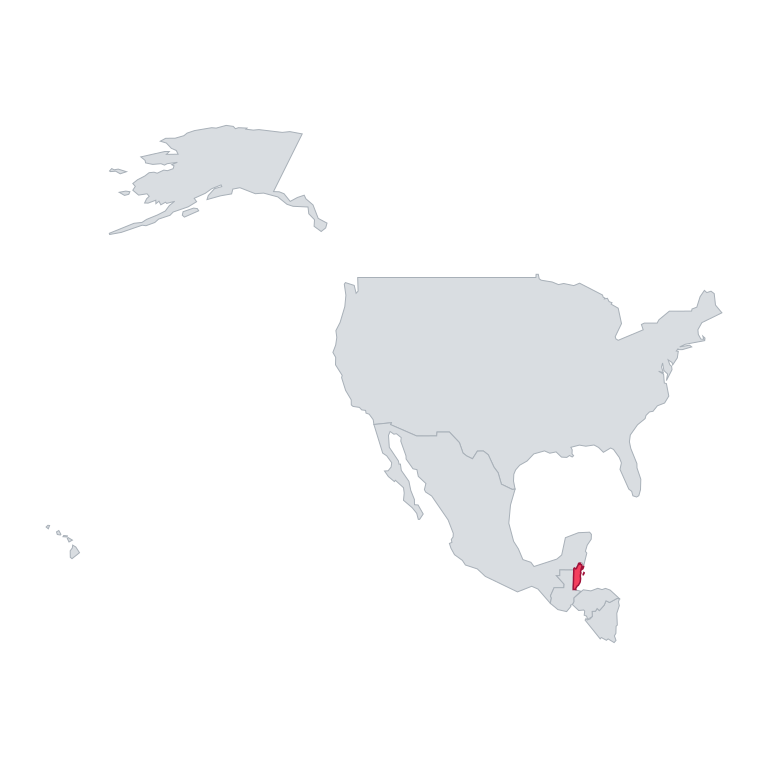 Belize highlighted, Equal Earth projection
{"feature_id": "BLZ", "entity_name": "Belize", "entity_type": "country or territory", "adm_level": 0, "iso_a3": "BLZ", "parent_name": "North America", "parent_adm1": "", "projection": "equal_earth", "projection_center": [-88.465, 17.185], "detail": "fine", "context": "with_neighbors", "style": "filled", "palette": "rose", "viewbox_px": 768, "rotation_deg": 0, "n_neighbors": 5, "source": "natural_earth", "source_scale": "50m", "svg_char_len": 7336}
<svg xmlns="http://www.w3.org/2000/svg" viewBox="0 0 768 768"><path d="M357.7,277.5L535.9,277.5L536.1,274.3L538.3,274.3L539.2,278.8L541.2,280.2L552.2,282.0L558.5,284.6L563.7,283.5L573.8,285.6L579.6,283.2L602.5,295.0L603.2,297.2L604.8,298.0L604.4,298.9L607.4,298.3L609.1,301.6L612.0,302.7L611.2,304.2L618.2,308.2L621.5,323.6L615.2,336.7L615.9,338.9L618.2,340.3L643.2,329.8L641.4,324.5L644.3,323.1L657.1,323.1L659.0,319.7L669.3,311.2L691.6,311.1L692.0,309.0L696.8,307.2L700.1,296.7L704.4,290.4L706.8,292.6L711.0,291.2L714.2,293.6L715.5,305.1L721.9,312.8L701.9,322.6L697.9,329.7L698.3,334.4L700.9,339.1L703.8,339.3L702.8,336.1L705.0,338.1L704.7,340.6L685.2,344.3L679.7,346.9L689.6,345.2L691.7,346.9L682.4,349.6L678.0,349.6L678.2,348.5L676.3,351.0L678.3,351.4L677.3,357.9L672.7,364.9L672.0,362.5L668.1,359.8L669.8,364.7L671.6,366.3L672.0,369.7L666.4,380.6L667.6,374.0L663.9,370.5L662.6,363.0L661.5,366.9L663.3,372.7L658.6,371.2L663.6,374.2L664.3,383.0L666.4,383.6L668.8,396.1L664.6,403.0L657.4,405.8L653.0,411.3L649.5,411.9L646.0,415.4L645.1,418.6L637.5,424.8L630.3,435.0L629.4,441.8L630.8,448.5L636.9,463.6L637.0,467.9L640.8,479.2L640.5,489.7L638.8,495.7L636.6,497.0L632.9,495.8L631.7,491.4L628.8,489.1L620.0,469.4L621.4,462.9L619.3,457.5L613.5,449.4L610.6,448.0L603.4,452.3L598.5,447.4L594.0,445.0L585.8,446.2L579.4,445.1L570.9,447.3L572.2,449.8L572.0,453.8L573.6,455.7L572.2,457.0L569.5,455.5L566.8,457.4L561.5,457.1L556.1,451.9L549.8,453.2L544.5,450.9L533.8,453.9L527.1,461.0L519.7,465.2L515.6,469.9L513.8,474.3L513.5,481.1L515.1,489.1L512.2,489.4L501.4,484.2L498.1,472.7L494.0,467.2L488.3,454.8L483.4,451.0L477.4,451.1L472.5,458.8L466.6,455.9L463.0,453.0L459.4,442.6L449.4,432.0L437.0,432.0L436.7,435.9L416.7,436.0L390.5,424.6L391.3,422.7L373.9,424.5L373.2,419.7L369.2,414.2L366.0,413.1L365.6,410.4L361.7,409.9L359.4,407.4L353.0,406.4L351.3,404.9L351.2,399.8L345.6,390.4L341.6,377.6L342.2,375.4L335.5,364.8L335.7,357.4L332.9,352.4L335.7,345.0L336.8,337.4L335.9,330.6L340.1,322.4L344.8,306.7L345.9,295.3L344.3,284.2L345.4,282.6L354.2,285.4L356.1,293.3L358.1,291.1L357.7,277.5ZM302.2,133.9L273.5,191.6L279.2,191.8L284.0,193.7L290.2,201.4L297.4,197.5L304.2,195.2L305.9,198.8L313.0,204.9L318.2,218.4L327.0,223.1L325.7,227.9L321.2,231.5L314.1,226.3L314.5,219.7L308.8,213.8L308.0,207.0L293.1,206.3L287.0,204.3L277.8,196.9L263.6,193.1L255.3,193.7L239.9,187.7L232.8,189.1L231.6,193.9L220.6,195.8L207.0,199.6L208.3,195.5L214.5,188.7L221.8,186.6L221.1,184.9L211.7,188.7L205.3,193.3L194.2,198.3L196.6,201.7L188.3,206.8L173.2,212.0L170.0,215.3L158.6,219.1L154.8,222.5L146.0,225.7L142.2,225.2L121.3,232.4L109.6,234.5L109.3,233.3L134.0,223.3L142.0,222.4L146.6,219.4L157.4,215.0L165.3,211.0L169.4,205.5L174.7,201.3L166.7,203.4L165.5,202.2L160.8,204.8L159.0,201.2L155.9,203.7L155.8,200.2L148.2,203.1L144.6,203.0L146.6,198.8L149.2,196.3L147.0,193.8L138.6,195.1L132.8,190.2L135.3,186.4L132.8,183.5L137.6,179.7L144.8,176.0L149.1,172.7L154.0,172.2L157.2,173.2L163.8,170.1L167.5,170.7L173.1,168.7L174.0,165.8L171.7,164.7L177.4,162.3L167.1,163.7L164.5,165.1L161.0,163.7L152.7,164.4L145.6,162.9L145.1,160.4L140.8,156.9L164.8,151.5L169.3,151.5L166.4,154.4L178.1,154.2L176.3,150.5L171.3,148.3L166.3,143.0L160.3,141.2L165.7,138.3L175.2,138.2L183.9,135.7L187.1,133.1L194.5,130.6L211.7,127.7L216.2,128.1L226.2,125.4L233.3,126.4L235.4,128.7L238.4,127.7L247.0,128.1L245.9,129.2L253.3,130.1L258.9,129.6L282.3,132.4L289.8,131.6L302.2,133.9ZM111.7,168.6L114.2,169.8L118.2,169.1L126.5,171.7L120.2,173.8L115.7,171.2L110.4,171.6L109.5,171.0L111.7,168.6ZM75.8,547.0L79.5,552.7L72.0,558.7L70.3,557.3L70.2,550.8L72.3,548.0L72.7,545.1L75.8,547.0ZM72.4,540.1L69.0,542.0L67.3,538.4L68.2,537.6L72.4,540.1ZM67.4,535.9L66.9,537.0L63.0,536.7L63.7,535.5L67.4,535.9ZM58.8,530.5L60.9,534.4L60.4,535.0L57.3,534.5L56.5,531.9L58.8,530.5ZM49.6,525.5L48.3,528.8L46.1,527.0L47.9,525.3L49.6,525.5ZM125.7,191.1L129.9,191.7L128.8,194.3L124.5,195.4L119.2,192.3L125.7,191.1ZM193.6,208.1L197.3,208.6L198.7,210.8L184.4,217.1L182.3,215.2L183.1,211.7L193.6,208.1Z" fill="#d9dde1" stroke="#a8b0b8" stroke-width="1"/><path d="M373.9,424.5L391.3,422.7L390.5,424.6L416.7,436.0L436.7,435.9L437.0,432.0L449.4,432.0L459.4,442.6L463.0,453.0L466.6,455.9L472.5,458.8L477.4,451.1L483.4,451.0L488.3,454.8L494.0,467.2L498.1,472.7L501.4,484.2L512.2,489.4L515.1,489.1L510.5,505.0L508.8,523.2L513.6,541.3L518.4,548.9L522.9,559.6L530.9,562.3L534.0,566.5L556.8,559.1L561.7,555.0L565.4,537.7L578.4,532.7L589.6,532.2L591.4,534.3L591.2,539.2L587.2,545.2L585.4,551.3L586.8,553.1L583.8,565.4L581.9,562.8L578.8,563.1L576.1,569.2L574.8,568.0L573.9,570.0L559.8,569.9L559.8,575.6L556.4,575.6L564.1,584.2L563.8,587.7L554.1,587.7L550.4,596.0L551.4,598.0L550.3,603.3L537.9,589.0L531.7,586.3L517.5,591.9L485.3,576.4L477.3,568.9L465.4,565.0L462.4,560.4L454.5,554.7L451.0,548.3L449.4,543.4L451.9,542.4L451.3,539.5L453.1,536.9L453.3,533.4L448.1,519.9L431.7,496.0L425.6,492.0L424.4,489.6L425.9,483.5L418.3,476.4L416.9,469.6L413.0,468.8L406.1,459.0L406.0,455.9L400.8,441.2L401.2,437.6L396.4,433.7L393.9,434.2L390.1,431.5L388.5,435.4L389.3,447.3L398.4,460.9L399.1,464.2L400.4,464.1L401.3,470.4L408.9,481.3L410.8,490.5L414.4,499.5L414.5,504.7L418.1,505.0L423.2,514.0L419.6,519.4L418.3,519.4L416.7,513.3L412.2,507.7L403.5,500.3L404.2,493.1L403.5,487.7L395.4,480.3L394.4,481.6L388.4,476.6L384.5,471.0L388.1,470.8L391.1,467.1L391.7,462.7L386.7,455.8L382.7,453.1L373.9,424.5Z" fill="#d9dde1" stroke="#a8b0b8" stroke-width="1"/><path d="M616.0,640.4L614.1,642.6L608.1,638.9L606.4,640.3L601.3,637.5L600.2,638.9L585.1,620.1L586.0,618.5L587.2,620.0L590.2,618.9L592.3,616.5L592.1,611.4L595.5,611.2L597.1,608.5L599.4,610.6L604.2,605.2L606.0,600.8L609.6,602.5L616.9,598.5L619.5,598.7L618.5,601.9L619.3,605.7L616.8,613.3L617.3,625.1L616.1,626.2L615.9,633.3L614.4,635.9L616.0,640.4Z" fill="#d9dde1" stroke="#a8b0b8" stroke-width="1"/><path d="M619.5,598.7L616.9,598.5L609.6,602.5L606.0,600.8L604.2,605.2L599.4,610.6L597.1,608.5L595.5,611.2L592.1,611.4L592.3,616.5L587.8,619.3L586.5,616.1L584.2,615.2L584.7,611.1L583.7,610.0L578.7,610.5L572.3,604.5L573.8,601.9L573.8,597.9L583.3,589.8L590.9,590.9L597.8,588.3L602.0,589.6L605.5,588.4L610.2,590.1L619.5,598.7Z" fill="#d9dde1" stroke="#a8b0b8" stroke-width="1"/><path d="M550.3,603.3L551.4,598.0L550.4,596.0L554.1,587.7L563.8,587.7L564.1,584.2L556.4,575.6L559.8,575.6L559.8,569.9L573.9,570.0L573.2,589.5L580.9,591.2L573.8,597.9L573.8,601.9L572.3,604.5L570.5,605.2L570.9,606.4L566.6,611.6L557.9,609.6L550.3,603.3Z" fill="#d9dde1" stroke="#a8b0b8" stroke-width="1"/><path d="M573.8,569.9L573.8,569.0L574.0,568.3L574.6,568.0L575.4,568.6L575.8,568.9L576.1,568.7L576.5,568.4L576.9,567.3L578.1,565.1L578.6,563.5L579.1,563.2L579.7,563.1L580.3,563.2L579.9,564.4L580.3,564.5L580.7,564.4L581.6,564.5L581.9,565.7L581.8,566.8L581.0,569.6L580.9,570.5L580.5,572.0L581.0,572.9L580.5,574.2L580.4,575.0L580.3,576.2L580.6,578.6L580.2,581.9L579.5,583.4L579.1,584.0L578.3,585.4L577.3,585.9L575.9,588.2L575.6,588.8L575.8,589.5L575.4,589.5L574.1,589.4L573.2,589.5L573.2,586.9L573.4,583.0L573.5,580.1L573.5,577.3L573.6,575.2L573.7,572.4L573.8,569.9ZM582.9,568.8L582.6,569.0L582.9,568.4L582.9,568.0L583.3,566.4L583.6,566.4L583.7,566.6L582.9,568.8ZM583.7,573.9L583.1,575.3L583.1,574.9L583.3,573.8L583.6,573.5L583.8,573.1L583.9,572.6L584.2,572.8L584.1,573.3L583.7,573.9Z" fill="#f43f5e" stroke="#9f1239" stroke-width="1.5"/></svg>